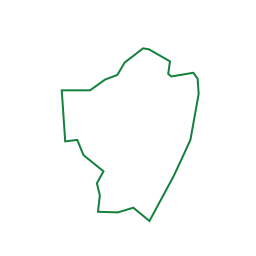 an SVG outline of Wigan, rotated 39°
{"feature_id": "GBR-5677", "entity_name": "Wigan", "entity_type": "Metropolitan Borough", "adm_level": 1, "iso_a3": "GBR", "parent_name": "United Kingdom", "parent_adm1": "", "projection": "orthographic", "projection_center": [-2.617, 53.524], "detail": "fine", "context": "isolated", "style": "outline", "palette": "green", "viewbox_px": 256, "rotation_deg": 39, "n_neighbors": 0, "source": "natural_earth", "source_scale": "10m", "svg_char_len": 468}
<svg xmlns="http://www.w3.org/2000/svg" viewBox="0 0 256 256"><g transform="rotate(39 128 128)"><path d="M87.6,177.9L52.8,140.4L74.8,122.6L79.7,104.8L86.3,93.5L84.2,79.2L89.6,56.6L94.7,53.7L118.7,49.8L125.2,60.6L129.3,60.6L144.0,44.0L151.0,45.8L161.5,57.1L184.0,98.0L188.3,114.8L193.8,136.8L203.2,186.8L182.3,186.6L173.2,200.0L157.4,212.0L148.6,198.2L138.6,190.5L136.2,177.1L110.5,177.1L96.1,169.2L87.6,177.9Z" fill="none" stroke="#15803d" stroke-width="2"/></g></svg>